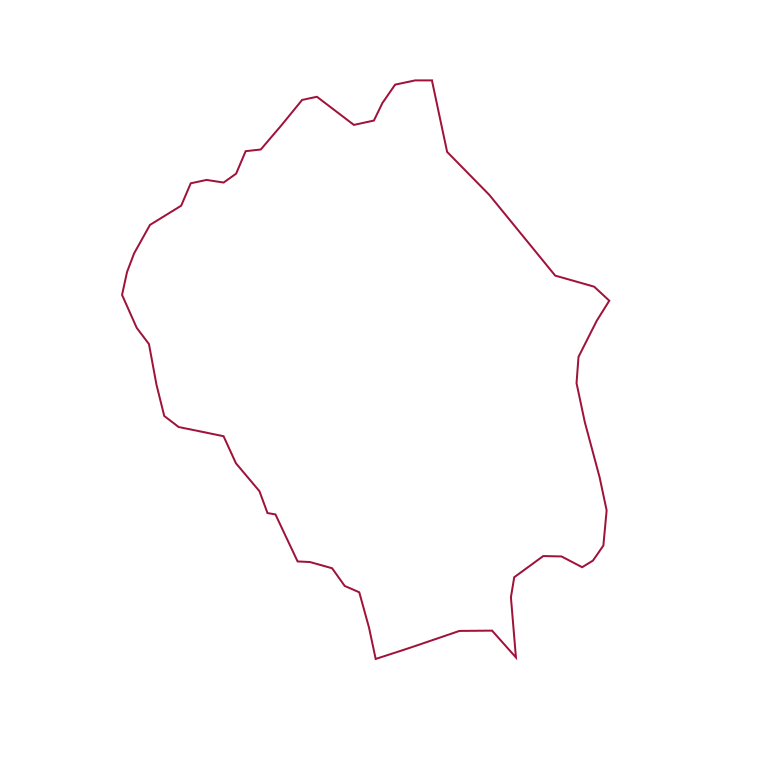 outline of Laholm, Halland, Sweden, rotated 258°
{"feature_id": "70781695B78273070971821", "entity_name": "Laholm", "entity_type": "district", "adm_level": 2, "iso_a3": "SWE", "parent_name": "Sweden", "parent_adm1": "Halland", "projection": "robinson", "projection_center": [13.225, 56.526], "detail": "fine", "context": "isolated", "style": "outline", "palette": "rose", "viewbox_px": 768, "rotation_deg": 258, "n_neighbors": 0, "source": "geoboundaries", "source_scale": "gbopen_adm2", "svg_char_len": 957}
<svg xmlns="http://www.w3.org/2000/svg" viewBox="0 0 768 768"><g transform="rotate(258 384 384)"><path d="M171.6,555.7L180.4,565.0L214.1,575.5L247.9,575.5L304.8,572.5L344.8,572.5L370.1,579.9L401.7,605.3L417.3,620.4L418.6,621.7L435.5,609.8L454.4,574.0L547.1,526.3L597.9,494.0L670.7,494.0L671.0,494.1L674.5,477.7L674.5,457.1L659.1,440.8L643.8,428.9L643.7,408.4L678.9,378.1L678.9,363.0L658.9,338.1L639.0,312.2L640.5,297.1L620.5,283.1L614.4,269.0L620.5,252.9L620.5,236.7L619.5,236.0L600.6,222.7L588.3,188.2L563.7,166.7L546.9,155.9L525.6,146.3L490.3,153.8L471.9,162.4L430.6,161.3L398.4,162.4L384.6,174.2L372.4,202.2L366.3,216.2L337.2,222.7L305.0,239.9L282.0,243.2L279.0,250.7L256.0,256.1L228.4,262.6L225.3,274.4L214.6,294.9L194.6,303.6L185.4,316.5L148.7,318.7L116.8,318.7L120.4,352.9L126.8,406.4L120.3,438.4L89.1,456.2L149.0,463.8L167.9,471.2L182.6,504.0L178.4,521.8L163.6,539.7L167.8,551.6L171.6,555.7Z" fill="none" stroke="#9f1239" stroke-width="2"/></g></svg>